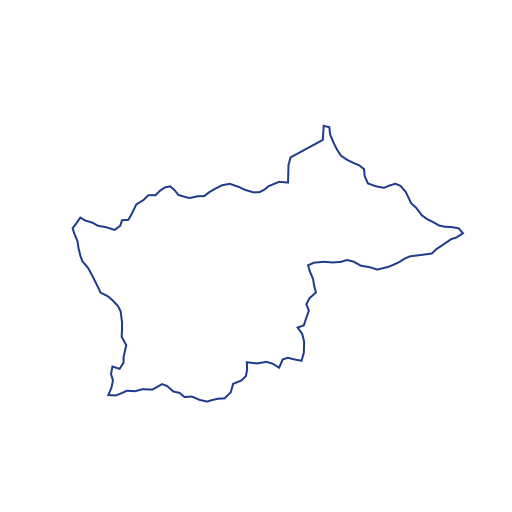 the district of Pratânia, São Paulo, Brazil, rotated 333°
{"feature_id": "56859067B76551238300478", "entity_name": "Pratânia", "entity_type": "district", "adm_level": 2, "iso_a3": "BRA", "parent_name": "Brazil", "parent_adm1": "São Paulo", "projection": "natural_earth1", "projection_center": [-48.692, -22.816], "detail": "fine", "context": "isolated", "style": "outline", "palette": "blue", "viewbox_px": 512, "rotation_deg": 333, "n_neighbors": 0, "source": "geoboundaries", "source_scale": "gbopen_adm2", "svg_char_len": 2092}
<svg xmlns="http://www.w3.org/2000/svg" viewBox="0 0 512 512"><g transform="rotate(333 256 256)"><path d="M450.7,329.7L449.2,323.4L443.8,319.3L437.3,315.5L433.2,312.2L429.1,306.1L425.4,301.1L422.3,295.2L420.5,285.4L418.2,279.5L418.5,267.0L416.6,259.1L412.9,254.8L406.6,253.8L401.1,253.4L394.9,248.7L388.7,242.2L389.1,234.1L391.7,227.7L389.1,222.1L385.5,217.8L380.8,211.6L377.2,205.1L376.5,197.7L376.5,190.6L377.2,181.4L379.8,174.5L375.4,170.8L368.2,182.9L331.7,183.8L326.5,189.3L323.6,194.6L317.9,205.1L310.2,200.4L298.8,199.5L293.5,200.7L288.1,200.7L282.7,198.2L276.3,192.1L272.2,186.8L265.4,179.8L258.1,177.6L250.6,177.5L243.6,177.9L236.9,179.1L231.5,176.4L222.9,174.1L218.8,170.4L214.6,166.4L213.3,160.3L211.2,155.0L206.2,153.6L200.3,154.2L194.1,156.2L187.7,153.0L180.9,155.1L172.8,155.7L168.0,159.3L162.9,163.1L158.6,165.8L152.8,163.3L148.8,167.4L141.9,168.6L135.4,162.2L128.8,157.2L125.5,152.2L119.8,146.7L116.9,142.0L110.5,145.5L105.2,148.0L104.2,154.0L103.7,161.5L101.4,168.6L99.6,176.1L98.9,181.8L100.9,189.9L101.2,199.3L101.1,211.8L100.9,218.1L105.8,224.8L108.0,230.1L110.2,237.6L110.3,243.7L106.6,254.2L102.9,261.3L99.6,267.0L99.9,276.5L95.7,281.6L92.1,286.0L89.5,291.0L83.2,294.6L77.9,289.3L73.2,295.4L72.1,301.9L67.5,307.6L61.3,312.9L67.8,316.6L74.0,317.2L79.9,317.5L86.9,321.6L94.5,323.2L103.0,328.0L114.1,327.5L117.8,331.5L120.8,339.2L125.7,343.2L128.2,349.1L135.1,352.2L140.5,358.7L146.4,363.5L151.7,364.5L157.6,366.0L163.3,368.6L171.6,366.0L177.6,359.5L186.7,360.3L192.6,358.3L196.5,353.2L199.6,346.5L208.1,352.2L217.2,355.0L221.9,359.5L225.9,366.0L232.8,360.3L238.1,361.1L243.4,365.7L249.0,370.0L254.7,363.9L259.9,354.4L261.8,346.5L260.6,338.6L267.1,339.5L273.4,333.3L278.3,328.7L279.0,321.8L284.5,317.9L292.8,315.7L294.5,308.2L296.4,302.5L297.0,294.0L298.2,287.9L304.7,288.3L313.7,291.9L321.8,296.8L328.8,299.7L335.3,300.9L340.3,305.2L345.1,312.3L352.1,317.5L358.0,323.2L369.2,325.8L374.2,326.2L380.6,326.4L387.6,325.8L393.0,326.2L402.4,329.6L413.7,333.6L420.2,331.7L428.0,330.8L437.8,329.6L442.8,330.5L450.7,329.7Z" fill="none" stroke="#1e3a8a" stroke-width="2"/></g></svg>